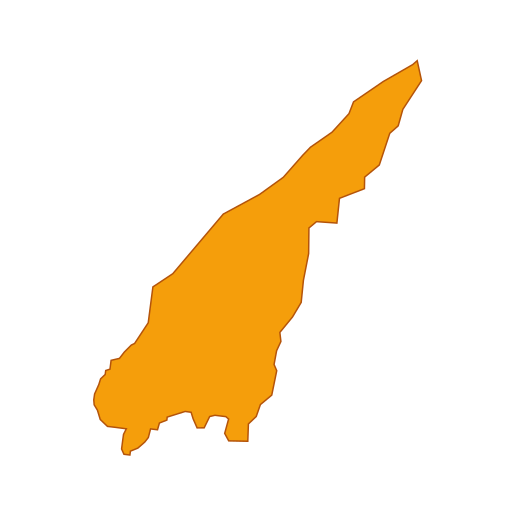 the district of Akdarya, Samarkand, Uzbekistan, rotated 276°
{"feature_id": "79887680B91755073573876", "entity_name": "Akdarya", "entity_type": "district", "adm_level": 2, "iso_a3": "UZB", "parent_name": "Uzbekistan", "parent_adm1": "Samarkand", "projection": "albers", "projection_center": [66.738, 39.79], "detail": "fine", "context": "isolated", "style": "filled", "palette": "amber", "viewbox_px": 512, "rotation_deg": 276, "n_neighbors": 0, "source": "geoboundaries", "source_scale": "gbopen_adm2", "svg_char_len": 1132}
<svg xmlns="http://www.w3.org/2000/svg" viewBox="0 0 512 512"><g transform="rotate(276 256 256)"><path d="M236.8,305.7L263.9,308.1L289.4,305.7L296.5,312.6L297.2,333.0L322.1,333.0L334.3,356.8L345.8,355.8L359.4,369.1L392.0,376.2L400.3,383.8L417.2,386.7L447.7,402.3L467.1,395.9L462.8,391.9L442.9,364.4L419.5,336.9L407.3,333.6L387.1,318.7L369.9,298.8L361.3,292.1L337.2,275.0L317.6,253.1L294.3,219.1L229.7,175.1L214.5,156.7L178.3,155.8L156.3,144.4L154.4,141.3L146.7,135.1L139.9,130.9L137.1,122.8L128.2,122.6L126.4,118.5L122.4,118.4L117.6,114.3L111.7,113.1L101.9,109.9L96.0,109.7L91.1,110.6L86.1,114.4L77.1,118.2L71.0,126.1L70.9,134.1L70.6,145.1L64.8,142.9L58.8,142.7L50.0,142.5L45.0,145.4L44.9,151.4L48.8,151.5L52.6,158.6L59.3,164.8L64.2,167.9L73.0,169.2L72.9,176.2L79.8,177.4L83.5,184.5L86.5,184.5L94.0,201.8L93.8,207.8L87.5,210.5L78.9,215.4L79.7,222.4L91.5,226.7L93.3,231.8L93.1,242.8L91.0,245.8L76.3,243.4L69.3,248.2L70.9,267.2L88.2,266.0L96.4,273.0L108.7,275.9L119.3,286.2L144.1,288.6L150.0,285.3L164.0,286.4L173.6,289.7L182.5,287.7L199.2,298.7L214.6,305.8L236.8,305.7Z" fill="#f59e0b" stroke="#b45309" stroke-width="1.5"/></g></svg>